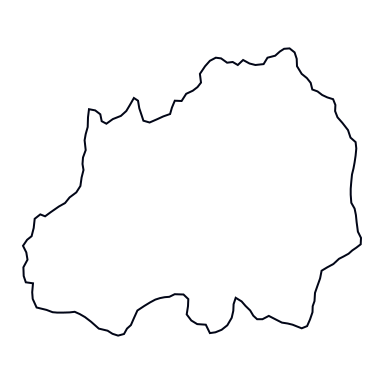 the district of Catas Altas, Minas Gerais, Brazil
{"feature_id": "56859067B94045969589017", "entity_name": "Catas Altas", "entity_type": "district", "adm_level": 2, "iso_a3": "BRA", "parent_name": "Brazil", "parent_adm1": "Minas Gerais", "projection": "natural_earth1", "projection_center": [-43.409, -20.069], "detail": "fine", "context": "isolated", "style": "outline", "palette": "ink", "viewbox_px": 384, "rotation_deg": 0, "n_neighbors": 0, "source": "geoboundaries", "source_scale": "gbopen_adm2", "svg_char_len": 2163}
<svg xmlns="http://www.w3.org/2000/svg" viewBox="0 0 384 384"><path d="M354.6,208.6L351.3,202.8L350.7,194.7L350.7,188.9L351.2,182.6L352.0,174.5L353.5,168.4L354.6,162.4L355.6,155.7L356.3,148.5L355.6,142.1L350.5,137.6L348.0,130.1L342.4,122.9L337.5,117.3L335.1,111.1L335.4,105.0L333.1,99.2L327.3,97.4L322.2,95.0L317.5,91.4L312.3,89.5L310.7,82.9L306.9,78.1L301.7,73.9L297.0,66.2L296.7,58.8L294.6,52.4L289.6,48.4L284.1,48.8L279.9,51.5L275.2,55.7L267.5,57.7L263.6,64.1L255.4,65.0L249.5,63.5L243.1,60.0L237.8,65.0L232.7,62.0L227.1,62.7L221.1,58.4L215.8,57.7L209.9,60.8L205.1,66.2L199.9,73.9L201.0,82.6L197.5,87.1L192.8,90.7L186.2,93.8L181.6,101.0L174.8,100.7L171.9,107.7L170.1,114.0L163.3,116.4L157.2,119.2L149.6,122.5L143.4,120.7L141.6,115.2L139.3,108.3L138.0,100.7L133.9,98.0L129.9,105.0L126.3,111.0L120.9,115.9L112.8,119.1L106.4,123.7L101.7,121.2L100.3,114.3L95.2,110.4L89.0,109.2L88.0,117.3L87.7,127.0L85.7,134.1L84.6,140.3L85.7,150.1L83.0,157.5L82.5,164.0L83.5,170.0L81.6,177.5L80.4,186.0L76.3,192.4L69.6,197.4L65.1,203.0L58.9,206.5L51.1,211.9L45.1,216.3L40.3,214.4L34.7,218.8L33.7,228.0L31.6,236.2L27.1,239.8L23.0,245.8L26.3,252.4L27.5,259.7L23.4,267.3L23.7,276.0L25.8,282.3L33.0,283.3L32.2,292.3L32.7,298.9L36.6,307.5L46.5,309.9L52.6,312.2L57.2,312.6L63.0,312.6L69.7,312.4L74.7,311.8L79.8,314.1L85.0,317.1L91.0,321.7L98.8,328.6L107.6,330.7L112.5,333.8L118.1,335.6L124.0,334.0L127.0,328.6L130.9,325.1L134.0,318.0L137.4,310.5L144.2,306.0L150.1,302.4L155.3,299.6L160.0,298.1L164.6,297.2L169.4,296.8L174.7,294.2L183.5,294.5L188.3,299.1L188.0,306.2L186.7,314.4L191.3,320.5L197.2,324.1L205.8,324.7L209.9,333.1L215.4,332.3L221.6,329.8L227.3,325.3L231.7,317.8L233.3,310.8L233.6,304.2L235.7,297.8L241.6,301.4L245.5,305.9L250.2,310.5L253.3,315.7L257.1,319.2L262.5,319.2L268.8,315.9L275.8,319.5L281.9,322.6L287.7,323.5L292.6,324.7L297.1,326.5L301.7,328.3L307.1,326.1L310.0,319.5L312.5,312.2L312.7,306.2L314.5,301.1L315.0,292.9L317.5,285.7L320.1,278.4L321.6,270.7L327.3,267.3L333.4,264.0L339.0,258.8L343.7,256.4L348.6,253.7L352.3,250.4L356.4,247.6L360.7,244.3L361.0,237.9L357.9,231.7L356.6,221.9L355.9,215.0L354.6,208.6Z" fill="none" stroke="#020617" stroke-width="2"/></svg>